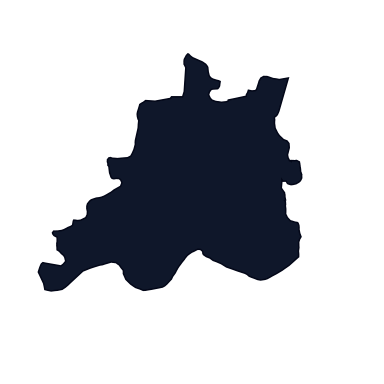 the district of Shubra Khît, Al Buhayrah, Egypt, rotated 108°
{"feature_id": "37247803B97013363059523", "entity_name": "Shubra Khît", "entity_type": "district", "adm_level": 2, "iso_a3": "EGY", "parent_name": "Egypt", "parent_adm1": "Al Buhayrah", "projection": "mercator", "projection_center": [30.677, 31.003], "detail": "fine", "context": "isolated", "style": "filled", "palette": "ink", "viewbox_px": 384, "rotation_deg": 108, "n_neighbors": 0, "source": "geoboundaries", "source_scale": "gbopen_adm2", "svg_char_len": 5871}
<svg xmlns="http://www.w3.org/2000/svg" viewBox="0 0 384 384"><g transform="rotate(108 192 192)"><path d="M53.8,135.6L54.7,137.3L58.1,143.7L58.5,146.8L59.1,150.0L59.0,154.9L59.0,155.9L59.1,156.6L59.7,158.5L60.0,159.6L61.4,160.8L62.3,161.7L63.8,162.0L65.7,162.4L67.2,162.3L69.1,162.3L70.5,162.3L72.6,162.3L73.7,162.3L74.6,162.3L75.0,162.5L75.6,162.9L76.1,163.2L76.3,163.7L77.0,165.3L77.4,166.2L77.5,167.1L77.6,167.9L77.7,169.1L77.8,169.8L80.4,169.8L82.4,170.3L84.2,170.0L84.4,170.4L90.2,180.4L93.3,185.9L94.2,185.7L95.6,187.2L96.5,189.3L97.6,191.7L98.0,194.4L98.3,195.7L98.6,197.7L98.5,200.1L98.4,201.5L97.2,203.6L96.5,204.3L96.0,204.8L94.4,206.3L91.5,206.4L90.6,206.1L89.8,205.9L88.7,205.5L87.8,204.4L87.3,203.2L86.2,200.4L85.8,199.5L84.5,198.9L82.6,198.6L80.6,199.0L78.2,199.4L78.0,201.0L78.2,203.5L78.2,207.3L77.6,209.6L76.2,211.6L72.8,213.7L68.5,215.6L67.5,216.7L66.3,218.5L65.2,222.2L65.0,223.7L64.8,226.1L64.1,232.9L63.2,235.5L61.9,237.9L62.0,238.7L63.2,239.2L63.7,239.5L66.0,239.9L68.1,240.3L69.9,240.0L71.3,239.5L72.9,239.0L73.5,238.3L75.6,236.3L98.9,230.4L104.4,230.3L107.8,240.9L109.0,241.3L109.5,241.1L117.1,255.2L119.4,264.4L122.1,266.2L122.3,266.6L123.6,267.7L124.9,268.7L125.6,268.6L129.6,268.5L130.3,268.5L132.7,268.5L134.8,268.2L137.1,267.2L138.7,266.2L139.8,265.4L140.2,264.7L141.0,264.6L141.4,264.5L144.2,263.9L145.6,263.5L147.5,263.0L149.1,262.8L159.8,261.8L160.6,261.7L161.4,261.5L162.6,261.2L164.1,260.6L165.5,260.5L169.2,260.3L169.8,260.3L173.7,260.7L176.8,261.3L177.7,262.2L179.3,263.8L181.1,268.1L181.6,269.3L183.3,273.2L183.8,275.4L184.0,276.2L184.5,278.1L184.5,280.3L185.4,281.7L186.1,281.8L187.1,282.4L189.4,281.8L191.1,280.6L192.5,280.3L193.4,278.9L194.8,278.3L196.3,277.6L198.7,276.5L199.3,276.2L201.4,274.6L202.8,273.6L203.7,272.2L203.6,270.6L203.2,269.7L202.5,268.4L202.1,266.9L201.7,265.3L202.4,263.9L202.8,263.2L203.9,262.3L204.8,261.5L207.3,261.6L208.7,261.7L211.3,264.1L212.4,265.1L214.1,266.7L217.1,268.7L218.2,269.7L219.3,270.7L221.0,272.2L223.2,274.3L225.0,276.5L226.0,278.2L226.3,278.7L227.4,281.1L229.0,283.3L230.6,285.4L232.1,286.4L232.5,286.6L234.7,287.4L235.5,287.7L237.9,287.6L239.4,287.1L239.9,287.0L240.9,286.5L242.8,285.4L245.9,284.6L249.3,285.1L250.3,286.2L252.3,288.2L253.3,289.3L253.9,290.6L254.1,291.0L254.6,292.2L254.9,294.3L255.3,295.8L256.3,295.9L260.2,295.3L261.2,295.8L261.6,296.1L262.6,297.1L264.0,298.8L264.4,299.2L265.3,300.0L267.5,302.2L269.0,304.2L269.8,305.9L270.7,307.7L272.0,311.5L273.9,312.1L274.6,311.6L274.9,311.4L275.3,310.8L275.9,310.0L276.1,309.5L276.4,307.8L276.5,307.1L276.6,306.4L277.0,306.2L278.9,305.5L279.5,305.3L280.2,305.1L280.7,304.9L282.5,304.7L284.2,304.1L284.7,304.0L286.2,303.3L288.7,302.4L288.8,301.8L288.9,301.2L289.2,300.3L289.5,299.5L290.8,297.3L292.0,294.4L293.5,292.7L294.9,291.9L296.8,290.7L297.4,290.9L300.4,292.1L302.0,293.2L302.7,293.6L302.9,294.1L303.0,295.1L304.9,308.5L305.1,310.0L305.3,312.0L306.9,313.0L308.2,313.2L310.7,313.4L315.6,313.4L316.9,312.2L317.4,311.7L324.8,304.8L326.4,303.9L327.4,303.3L330.2,301.8L330.1,300.0L329.6,295.4L327.7,291.3L327.1,289.8L324.7,285.5L323.2,284.3L321.8,283.2L320.7,282.5L318.6,281.2L316.7,280.2L307.7,275.2L300.9,271.4L296.7,266.4L295.5,264.9L293.3,261.9L290.0,257.2L288.7,254.6L287.4,252.9L286.8,252.0L285.5,250.1L283.5,247.2L283.2,245.3L283.0,244.6L282.9,243.8L282.6,242.3L283.3,240.6L283.8,238.7L286.0,235.8L287.6,233.2L289.2,232.5L290.9,232.0L293.2,229.9L295.5,227.9L297.0,224.9L298.5,221.9L299.4,219.0L300.2,216.2L300.3,211.2L300.6,208.0L299.8,205.9L298.4,203.3L297.2,200.9L296.1,198.9L294.1,195.3L293.4,194.0L291.9,191.4L291.5,190.7L290.0,189.3L289.7,189.0L287.2,187.5L286.1,187.0L283.7,185.9L282.0,185.1L281.2,184.7L278.4,184.4L274.7,183.2L274.0,183.0L273.4,182.9L271.3,182.6L270.5,182.4L268.8,182.1L267.7,181.8L266.6,181.5L264.6,180.8L263.4,180.4L262.4,180.1L258.2,178.5L257.6,178.4L256.0,177.8L253.7,176.9L251.4,175.3L249.3,173.7L247.9,172.1L244.9,169.2L244.3,167.7L244.1,166.6L244.0,166.0L244.3,165.4L245.0,163.7L245.9,163.1L247.1,162.6L248.0,161.7L249.0,158.4L249.2,154.6L250.5,150.8L250.6,147.4L251.1,142.0L252.6,136.1L252.7,130.4L252.8,127.5L252.9,124.6L252.9,116.6L253.3,114.1L254.4,111.6L254.6,109.1L254.7,106.0L254.9,102.6L254.5,99.6L252.5,95.6L251.2,93.8L248.7,91.4L247.1,90.0L243.5,86.5L238.6,82.2L236.4,80.6L231.8,77.1L226.5,74.0L221.0,70.8L220.8,70.6L220.3,70.7L218.1,71.4L216.9,71.9L215.3,72.6L213.1,73.0L211.9,73.2L211.3,73.4L210.7,73.7L209.5,74.1L208.6,74.4L206.7,75.1L205.2,75.1L203.6,75.1L200.9,74.5L198.0,76.8L196.0,77.9L194.4,78.8L193.1,79.1L191.6,79.7L190.7,80.1L188.8,81.6L188.5,82.5L188.9,84.8L188.9,87.7L189.0,89.6L188.4,90.7L187.7,92.0L186.8,93.5L185.3,94.9L184.0,96.2L182.8,96.5L179.9,97.4L178.3,98.0L177.8,98.3L177.1,98.6L176.5,98.9L175.8,99.1L174.9,99.2L174.2,99.5L173.4,99.8L172.2,100.3L171.6,101.3L170.8,100.5L169.6,101.2L169.1,101.5L168.0,102.1L167.4,102.3L166.7,102.6L166.1,102.7L165.5,103.2L164.1,103.8L163.7,104.3L163.3,104.9L160.7,108.3L155.5,109.5L152.4,110.4L153.6,108.8L153.4,108.3L152.9,106.9L152.6,106.0L152.8,105.5L153.2,105.1L153.8,104.4L154.4,103.8L154.4,103.3L154.5,102.5L154.5,101.7L154.4,100.1L153.6,98.3L153.1,97.5L152.0,95.6L151.6,95.3L150.1,93.9L149.5,93.4L148.7,92.9L147.9,92.5L146.6,92.2L144.8,92.0L143.4,92.5L142.8,92.8L142.1,92.9L141.4,93.1L140.9,93.6L140.1,94.1L139.2,94.9L138.3,95.3L137.5,95.6L136.6,96.0L135.5,96.5L134.5,97.1L133.5,97.5L132.6,98.0L132.0,98.2L131.2,98.7L130.2,99.2L130.1,99.7L130.0,100.4L129.7,102.2L129.8,102.6L130.7,104.3L130.8,105.2L131.2,106.4L131.3,106.9L131.6,107.7L132.3,107.3L132.1,109.0L131.5,109.5L129.8,111.2L128.4,112.0L127.1,112.7L119.9,113.2L115.9,114.8L114.1,117.4L113.9,121.2L111.4,126.4L109.5,128.9L105.6,132.7L101.0,134.9L100.5,135.0L99.6,135.3L97.8,135.7L96.2,136.5L94.9,136.5L93.6,135.4L92.8,135.1L92.1,134.8L91.3,134.7L90.3,134.6L89.7,134.5L89.0,134.5L88.4,134.4L53.8,135.6Z" fill="#0f172a" stroke="#020617" stroke-width="1.5"/></g></svg>